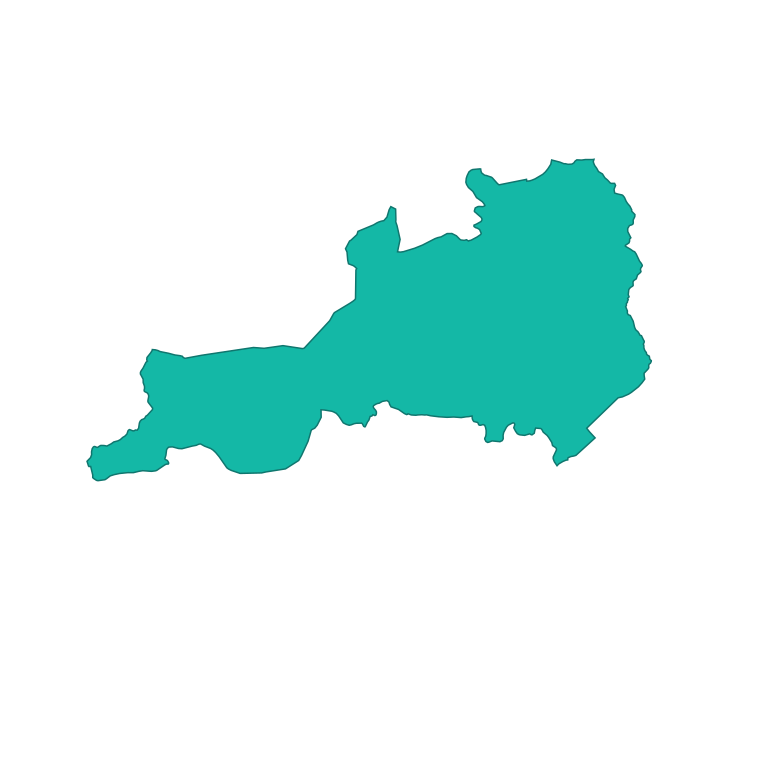 outline of Lomas de Sargentillo, Guayas, Ecuador, rotated 242°
{"feature_id": "8360857B38256129042157", "entity_name": "Lomas de Sargentillo", "entity_type": "district", "adm_level": 2, "iso_a3": "ECU", "parent_name": "Ecuador", "parent_adm1": "Guayas", "projection": "mercator", "projection_center": [-80.083, -1.835], "detail": "fine", "context": "isolated", "style": "filled", "palette": "teal", "viewbox_px": 768, "rotation_deg": 242, "n_neighbors": 0, "source": "geoboundaries", "source_scale": "gbopen_adm2", "svg_char_len": 6152}
<svg xmlns="http://www.w3.org/2000/svg" viewBox="0 0 768 768"><g transform="rotate(242 384 384)"><path d="M523.2,195.6L522.5,195.1L521.1,192.7L518.7,187.2L516.8,185.9L515.9,185.7L515.3,185.8L514.9,184.0L511.1,178.6L509.6,175.7L508.6,174.4L507.2,173.6L501.4,173.6L498.2,172.0L494.6,171.5L492.7,170.6L491.3,169.4L490.5,169.0L489.7,169.1L487.3,170.8L485.9,171.0L484.4,170.8L483.2,170.2L480.4,167.9L479.3,167.3L478.5,167.2L471.3,168.4L470.1,167.5L467.5,160.3L467.4,158.6L466.1,156.6L466.0,155.3L466.3,153.3L465.7,151.3L464.4,149.7L460.2,146.6L459.1,144.4L460.1,142.9L460.0,141.2L460.8,140.0L463.2,138.0L463.3,137.5L463.0,136.2L460.5,133.5L459.6,130.6L459.5,128.2L458.7,125.1L458.7,122.5L459.7,118.2L459.3,115.3L459.3,110.2L461.0,108.1L462.3,105.9L462.8,104.7L462.5,101.5L462.8,100.8L464.6,99.3L464.9,98.5L464.8,97.7L463.9,96.0L461.4,93.9L458.9,92.7L456.8,90.4L455.2,85.5L450.4,84.6L449.6,84.8L448.9,86.3L440.4,84.1L438.1,82.9L437.0,83.2L433.9,84.9L432.9,86.1L430.5,92.7L430.6,94.4L431.4,99.2L430.6,103.4L429.1,108.6L426.0,116.2L423.4,121.0L422.0,126.5L420.7,130.3L416.1,137.6L414.7,141.2L414.4,142.7L415.5,152.6L415.4,154.2L414.6,156.0L414.9,156.5L415.8,156.9L417.4,156.9L418.3,156.7L419.7,155.7L420.8,155.3L423.5,158.0L428.2,161.3L429.3,163.8L429.2,164.6L427.8,167.7L423.5,172.3L421.7,175.2L419.2,185.6L418.0,189.4L417.8,192.3L417.2,193.9L413.5,196.3L408.4,200.7L406.0,202.0L402.5,203.2L397.3,204.3L383.8,205.9L381.9,206.8L379.5,208.5L372.6,215.0L362.9,234.3L361.8,238.4L355.3,257.2L356.5,272.8L359.6,277.6L369.1,290.1L377.0,297.7L377.6,298.7L377.5,302.1L379.0,305.7L384.1,312.9L390.8,316.3L389.1,319.0L384.4,325.2L383.0,326.4L380.5,328.1L377.1,329.0L368.8,329.8L366.0,331.8L363.9,333.9L363.3,336.1L363.0,338.9L362.3,341.2L359.9,345.9L359.1,346.2L356.1,346.2L355.1,347.0L355.1,347.4L358.2,351.6L359.2,353.7L361.9,356.6L361.4,358.2L362.1,359.8L360.6,360.9L360.3,361.7L360.5,362.5L361.6,363.5L362.9,364.2L364.6,364.3L367.2,363.7L368.5,363.7L369.1,363.9L369.8,364.7L370.0,367.4L369.8,369.3L369.3,370.7L369.4,374.5L367.9,379.0L365.6,379.9L363.4,379.4L360.5,379.5L354.7,384.9L348.4,388.1L346.4,389.6L346.2,390.5L346.5,391.2L343.9,393.5L342.9,395.1L341.5,397.4L340.8,399.3L339.1,403.0L337.5,405.4L336.8,407.1L334.1,410.2L329.4,416.9L325.0,424.0L322.1,430.1L318.1,436.4L316.4,441.3L315.4,443.5L314.4,446.7L311.7,445.6L309.9,445.5L308.7,445.7L306.2,448.5L305.3,448.7L303.7,448.5L302.9,448.8L302.2,450.0L301.7,452.4L300.3,453.5L298.1,453.3L295.1,452.4L292.3,450.9L290.1,449.3L288.9,447.6L288.2,447.1L285.4,447.0L283.8,448.0L283.4,449.1L283.0,452.7L278.6,459.3L278.5,461.8L279.6,463.5L282.8,465.1L285.0,466.9L288.4,471.9L289.3,474.4L289.2,479.6L288.4,480.5L287.4,480.6L286.8,480.4L284.4,478.0L280.4,478.0L277.5,478.4L275.9,479.5L275.1,480.4L272.6,484.1L271.6,489.2L270.0,490.2L269.6,490.9L270.0,493.6L272.4,495.5L273.9,497.2L271.0,501.6L269.8,502.0L266.7,502.0L262.0,503.9L259.5,504.3L253.6,504.7L250.5,503.9L247.4,505.6L246.2,505.9L244.8,505.3L240.2,499.2L238.6,498.3L235.4,497.9L230.6,498.4L231.4,500.8L231.6,505.5L231.3,508.9L230.7,510.6L231.9,511.3L232.4,511.8L232.5,512.3L232.2,515.0L231.3,517.8L230.9,520.0L237.3,545.1L245.3,543.0L249.8,542.2L261.9,584.3L260.7,588.5L260.2,595.2L260.5,598.6L262.1,607.4L263.9,612.3L265.9,616.5L269.4,617.7L271.4,618.7L273.2,624.0L274.0,625.4L276.2,626.5L277.0,627.3L277.3,629.0L278.4,630.5L279.2,631.0L280.9,630.3L284.0,631.3L286.0,630.1L287.1,629.9L288.7,630.4L291.1,630.0L293.8,630.4L296.0,631.5L297.5,631.7L298.5,633.1L299.2,633.7L300.2,633.9L300.8,633.8L305.8,634.0L306.8,633.0L310.7,632.8L313.9,631.7L316.4,631.9L322.4,633.5L328.8,633.6L330.5,632.2L332.0,632.1L332.7,632.3L334.2,633.2L338.9,633.7L339.4,634.8L341.2,635.7L341.9,637.3L343.0,638.0L343.7,639.2L345.2,639.3L345.9,641.3L348.2,641.6L352.5,644.5L353.5,646.9L353.7,649.6L354.1,650.3L356.9,651.6L357.6,652.3L358.1,653.2L358.4,656.1L361.2,659.0L362.1,662.9L362.8,663.8L364.4,664.0L365.7,665.0L367.0,667.4L367.6,667.8L369.8,667.8L372.5,667.3L380.4,667.7L383.1,667.4L384.6,666.2L387.1,665.0L392.3,661.8L393.1,662.2L393.6,666.6L394.8,667.9L396.2,668.6L396.9,669.5L397.2,670.6L404.2,670.8L406.9,672.2L408.5,674.8L408.6,675.5L408.2,677.5L408.4,679.0L409.2,679.7L411.8,681.0L414.0,684.0L415.8,685.1L420.3,683.8L421.5,684.5L425.5,684.6L429.2,683.8L431.7,683.6L435.9,683.9L438.4,683.4L439.2,682.9L442.1,679.5L444.3,677.3L447.6,678.4L448.5,679.2L450.6,681.7L452.9,681.8L454.5,678.8L455.1,678.2L459.2,677.1L462.5,675.8L466.9,675.5L470.9,673.1L474.3,673.1L478.0,672.6L480.4,672.8L482.0,673.1L483.8,674.9L484.3,673.5L487.6,667.3L488.9,663.7L491.4,659.5L491.0,657.1L490.2,655.8L490.0,654.5L490.0,653.0L491.6,649.6L493.4,647.5L494.0,646.3L497.3,643.5L503.1,637.2L499.7,634.4L497.1,629.8L495.5,626.1L494.6,622.6L494.2,613.7L494.5,610.4L495.0,607.8L496.1,605.3L497.8,605.9L505.8,579.2L506.3,578.8L508.0,578.2L514.9,576.5L516.1,576.0L520.3,572.0L521.0,570.9L524.6,569.3L526.5,569.6L528.5,570.3L529.1,569.3L531.7,563.1L531.9,561.2L531.4,558.6L529.0,555.3L527.0,553.2L523.7,551.0L521.4,550.6L517.8,550.8L512.3,552.9L505.1,553.2L498.8,556.4L496.2,556.9L494.2,556.9L494.0,556.6L494.2,554.5L496.2,551.2L496.6,549.9L496.6,547.2L494.5,545.1L494.2,544.9L493.5,544.9L485.5,548.0L483.9,548.0L482.9,547.5L481.9,546.0L481.8,540.7L482.0,538.0L480.8,537.4L479.0,538.3L477.7,539.6L475.5,540.9L471.4,540.6L470.6,539.5L470.1,535.2L470.1,532.3L470.1,528.3L470.5,527.0L470.6,525.7L472.6,524.6L473.2,522.2L475.1,519.5L476.2,518.9L480.9,517.5L485.0,514.6L487.2,510.3L487.1,503.5L488.0,500.2L488.4,497.3L488.6,483.2L489.5,474.7L491.7,463.3L492.8,460.3L494.4,458.0L504.1,466.1L517.5,469.8L521.7,470.5L523.4,471.6L533.0,476.4L537.4,473.3L535.5,470.4L530.0,465.0L528.3,460.6L529.1,457.9L529.5,455.4L529.6,453.3L529.4,449.5L531.0,432.7L528.6,430.2L526.5,422.4L526.4,420.7L521.5,413.5L517.9,413.3L510.4,410.1L506.8,409.1L503.0,412.4L501.5,413.2L498.8,414.1L497.8,412.7L473.1,399.1L472.2,398.2L471.7,395.8L471.3,392.0L470.3,373.7L469.6,372.3L465.4,365.8L453.1,330.4L453.5,328.7L465.3,312.8L471.8,294.9L477.5,285.9L494.9,236.7L500.1,220.3L501.7,219.2L503.1,219.0L504.7,217.3L507.8,213.0L512.2,208.3L517.7,201.6L519.7,200.1L521.5,198.2L523.2,195.6Z" fill="#14b8a6" stroke="#0f766e" stroke-width="1.5"/></g></svg>